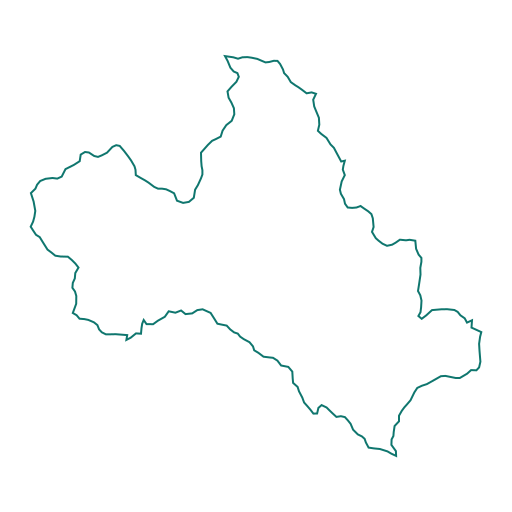 Israelândia, Goiás, Brazil
{"feature_id": "56859067B28131609505827", "entity_name": "Israelândia", "entity_type": "district", "adm_level": 2, "iso_a3": "BRA", "parent_name": "Brazil", "parent_adm1": "Goiás", "projection": "orthographic", "projection_center": [-50.88, -16.355], "detail": "fine", "context": "isolated", "style": "outline", "palette": "teal", "viewbox_px": 512, "rotation_deg": 0, "n_neighbors": 0, "source": "geoboundaries", "source_scale": "gbopen_adm2", "svg_char_len": 3585}
<svg xmlns="http://www.w3.org/2000/svg" viewBox="0 0 512 512"><path d="M225.0,56.1L227.6,60.9L230.4,67.7L233.7,71.5L237.4,73.1L238.8,76.8L236.4,81.8L231.6,86.7L227.5,91.4L228.6,97.7L231.4,102.6L233.9,108.2L234.3,114.3L231.7,120.8L226.3,125.1L222.6,130.6L220.7,136.6L215.8,139.1L212.1,140.8L208.0,144.8L201.0,152.7L201.2,161.0L201.6,166.2L202.4,170.2L202.4,174.5L201.0,178.3L197.9,185.1L195.1,189.7L193.8,197.8L188.9,201.9L183.1,202.9L177.0,200.7L174.1,193.3L170.0,191.1L166.1,189.3L162.2,188.7L158.1,188.7L154.2,186.9L148.5,182.6L144.9,180.3L140.6,177.9L135.8,175.1L135.5,169.8L134.5,166.3L131.1,160.5L128.2,156.4L124.0,150.9L119.7,145.9L116.2,145.2L112.4,146.9L107.0,152.7L101.7,155.4L98.0,156.9L94.2,156.0L88.9,152.5L85.0,152.0L80.7,154.6L79.7,161.2L73.7,165.0L65.5,169.1L61.7,176.6L57.3,178.6L52.5,178.0L45.6,178.8L40.2,181.0L37.1,184.7L35.4,188.7L30.9,193.1L33.6,201.5L35.3,210.9L34.4,216.8L33.1,221.6L30.7,226.7L33.0,230.3L36.0,234.8L39.7,237.1L43.4,243.1L47.5,249.6L51.4,252.5L55.3,255.7L60.5,256.5L67.9,256.7L71.8,260.0L75.4,263.6L78.5,267.6L75.3,273.0L74.8,278.5L72.8,282.9L72.4,287.8L75.0,291.5L76.3,296.0L76.2,303.8L72.8,313.0L76.6,315.2L79.5,318.7L84.4,319.1L88.3,319.9L93.9,322.3L97.4,325.1L99.1,329.4L101.8,332.3L105.8,334.3L110.8,334.3L115.7,334.2L127.2,335.1L126.4,339.9L130.7,337.7L136.0,333.4L141.0,333.7L141.5,328.1L142.2,323.7L143.7,320.0L146.5,324.1L153.1,324.2L157.9,320.7L164.8,316.8L168.7,311.3L175.4,312.7L181.1,310.5L185.5,314.1L192.2,313.4L197.3,310.1L202.6,309.3L210.6,312.9L214.1,318.4L217.4,323.7L221.2,324.5L226.7,325.6L230.2,329.4L234.1,332.4L237.8,333.6L240.1,336.6L243.7,339.1L249.5,342.2L253.0,346.4L254.2,350.3L258.5,352.9L263.5,356.7L269.2,357.4L273.0,357.8L277.4,360.6L281.1,365.5L288.3,366.9L292.3,371.6L292.7,378.5L293.1,382.9L297.6,386.9L299.0,391.3L302.3,397.6L304.1,402.5L307.5,406.3L310.4,409.7L313.4,413.6L317.1,413.5L318.4,407.9L321.6,405.1L326.6,407.5L329.2,410.1L332.4,413.2L336.4,416.9L340.9,416.2L344.9,417.1L347.8,420.3L350.6,423.8L353.1,429.7L357.8,434.4L361.9,436.4L364.6,438.8L365.9,442.5L368.6,447.6L373.9,448.4L379.9,449.0L387.5,451.4L391.4,453.7L396.1,455.9L395.9,451.1L391.4,444.9L391.6,439.4L393.4,436.0L393.7,432.1L394.6,426.0L399.0,421.3L399.0,415.7L401.8,410.8L404.3,407.4L406.8,404.6L410.5,400.3L414.4,392.3L417.3,387.9L422.0,385.7L426.9,384.1L440.9,376.2L445.4,375.9L455.7,378.0L459.8,378.0L467.1,373.7L471.1,370.1L476.4,370.3L479.1,367.4L480.4,361.7L479.5,350.6L479.1,343.8L480.1,336.7L481.3,332.1L477.0,330.1L471.5,327.6L472.0,320.3L467.0,322.6L464.7,318.3L460.4,315.3L457.7,311.9L454.4,310.0L447.2,309.2L441.2,309.3L432.0,310.1L426.2,315.4L421.7,318.8L418.4,316.0L420.5,312.2L421.1,307.3L421.5,300.6L420.3,295.3L418.0,291.0L419.0,284.7L420.5,274.6L420.3,267.9L421.4,261.8L421.4,257.9L418.6,254.6L416.1,248.8L415.3,240.7L409.6,239.8L406.0,240.3L399.9,239.7L395.6,242.7L392.1,244.7L387.0,245.8L382.5,243.7L378.5,240.6L375.8,238.2L372.0,231.9L373.6,227.0L373.2,222.6L372.8,218.3L371.4,214.1L368.2,211.3L364.2,208.6L360.5,206.0L356.5,207.5L352.2,207.9L347.7,207.5L345.0,203.7L344.0,199.1L340.9,193.8L339.9,189.7L341.7,181.4L344.8,175.1L342.8,169.6L343.4,165.9L344.8,160.7L341.2,161.5L336.0,151.8L333.9,147.8L330.5,144.4L326.5,137.9L321.2,133.9L317.9,130.8L319.3,124.7L318.9,117.8L316.2,111.3L314.2,106.4L313.2,99.7L316.0,93.8L311.6,92.4L306.6,93.3L301.9,89.7L298.4,87.2L295.3,85.3L290.8,82.1L287.7,76.8L284.1,73.1L283.0,69.5L280.1,64.0L277.5,60.9L273.8,60.8L269.2,62.0L265.5,62.4L261.7,60.8L257.3,58.9L251.6,57.7L247.5,57.1L242.4,57.3L238.0,58.7L233.3,57.3L225.0,56.1Z" fill="none" stroke="#0f766e" stroke-width="2"/></svg>